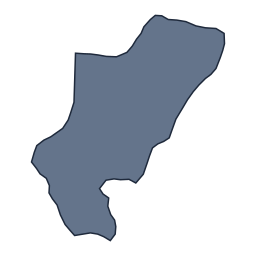 Porto Real, Rio de Janeiro, Brazil (Natural Earth projection)
{"feature_id": "56859067B71972686895442", "entity_name": "Porto Real", "entity_type": "district", "adm_level": 2, "iso_a3": "BRA", "parent_name": "Brazil", "parent_adm1": "Rio de Janeiro", "projection": "natural_earth1", "projection_center": [-44.326, -22.446], "detail": "fine", "context": "isolated", "style": "filled", "palette": "slate", "viewbox_px": 256, "rotation_deg": 0, "n_neighbors": 0, "source": "geoboundaries", "source_scale": "gbopen_adm2", "svg_char_len": 1033}
<svg xmlns="http://www.w3.org/2000/svg" viewBox="0 0 256 256"><path d="M169.2,137.9L172.2,129.4L175.9,119.1L182.0,109.0L187.5,99.7L193.2,91.7L198.9,85.0L205.4,78.5L210.9,74.4L216.0,68.5L220.3,57.5L222.7,50.5L224.5,43.7L224.1,33.4L216.0,28.5L205.4,27.8L195.9,25.9L185.8,21.6L176.9,20.1L168.2,19.5L161.8,15.8L155.3,15.4L150.4,19.5L143.9,26.8L141.1,33.4L136.5,39.2L132.3,46.1L126.9,52.4L116.5,56.8L106.3,56.4L98.3,55.0L90.6,54.0L84.4,53.8L75.5,53.2L74.0,102.3L70.6,113.0L68.2,120.0L62.7,128.4L55.6,133.4L50.6,136.9L43.9,140.1L36.8,145.6L34.3,152.3L31.5,162.0L36.4,168.3L40.1,173.9L46.3,178.3L49.4,185.6L49.0,192.9L52.4,198.8L57.1,205.0L60.4,214.9L65.1,224.5L70.0,230.3L74.6,235.5L83.0,234.1L90.4,232.9L97.7,234.1L103.6,236.6L110.3,240.6L115.2,234.1L115.8,226.6L114.6,220.1L110.7,214.6L107.8,206.2L108.7,198.0L103.0,194.0L99.5,188.6L106.0,180.2L114.0,178.9L120.5,179.7L129.0,179.3L135.8,183.0L143.3,174.2L147.2,162.9L149.6,155.6L152.5,147.9L157.8,143.9L163.9,141.3L169.2,137.9Z" fill="#64748b" stroke="#1e293b" stroke-width="1.5"/></svg>